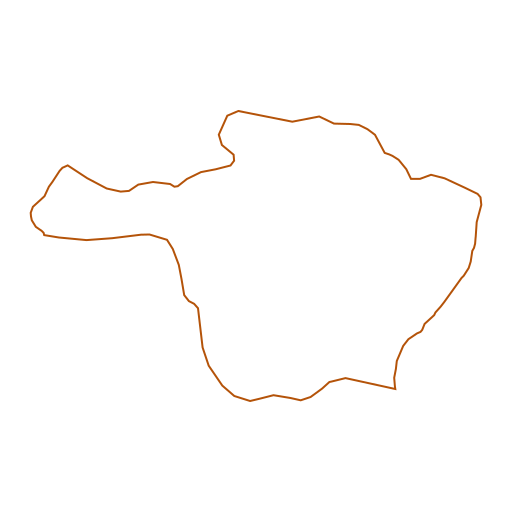 outline of Mayo-Louti, Nord, Cameroon
{"feature_id": "32672807B2656917895115", "entity_name": "Mayo-Louti", "entity_type": "district", "adm_level": 2, "iso_a3": "CMR", "parent_name": "Cameroon", "parent_adm1": "Nord", "projection": "mercator", "projection_center": [13.772, 9.925], "detail": "fine", "context": "isolated", "style": "outline", "palette": "amber", "viewbox_px": 512, "rotation_deg": 0, "n_neighbors": 0, "source": "geoboundaries", "source_scale": "gbopen_adm2", "svg_char_len": 1440}
<svg xmlns="http://www.w3.org/2000/svg" viewBox="0 0 512 512"><path d="M350.2,124.0L334.0,123.6L319.2,116.5L292.3,121.7L238.3,111.0L227.3,115.7L218.8,134.7L221.9,145.0L233.6,154.7L234.1,160.7L230.5,165.5L215.6,169.3L201.0,172.1L186.9,179.0L177.8,186.2L174.4,186.7L170.1,184.0L153.0,182.0L138.3,184.6L129.0,190.9L120.7,191.6L106.7,188.5L87.2,178.2L67.7,165.4L63.1,167.5L62.5,167.7L59.6,170.9L52.4,181.9L48.9,186.7L44.5,196.2L32.9,206.8L30.7,212.8L31.0,216.5L31.8,220.3L35.8,226.8L37.8,228.2L41.7,230.9L43.6,232.8L44.2,235.1L58.9,237.5L86.5,240.1L112.2,238.2L141.0,234.7L149.5,234.5L167.0,239.8L172.8,249.0L178.8,264.9L181.5,279.0L184.2,295.1L188.9,301.1L194.1,303.8L198.0,308.2L202.6,347.5L208.7,365.7L222.3,385.6L234.3,396.0L250.1,401.0L259.7,398.7L273.5,395.2L290.5,398.0L300.7,400.3L310.6,397.0L322.1,388.6L329.4,382.0L331.3,381.6L345.5,378.1L395.3,389.0L394.9,386.3L394.2,377.8L395.9,368.9L396.8,361.0L403.2,345.9L408.4,339.2L417.0,333.4L420.5,331.9L422.2,329.9L424.6,323.9L434.2,315.1L435.4,312.5L440.6,306.7L444.1,302.2L457.7,283.3L461.5,278.0L463.7,275.8L468.7,268.0L470.7,261.6L472.3,250.9L474.0,247.9L475.1,243.7L475.6,237.5L475.7,237.0L475.7,236.8L476.7,222.1L481.3,204.9L480.5,197.3L477.6,193.9L464.8,187.7L444.6,178.3L431.0,174.8L419.9,178.9L411.0,178.9L406.3,169.2L401.0,162.7L398.6,159.8L392.5,155.9L389.2,154.4L384.7,152.9L375.0,134.8L367.5,129.2L358.8,124.9L350.2,124.0Z" fill="none" stroke="#b45309" stroke-width="2"/></svg>